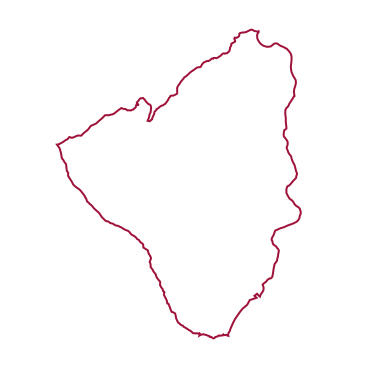 outline of Turnu Rosu, Sibiu, Romania, rotated 169°
{"feature_id": "2599482B72596568655749", "entity_name": "Turnu Rosu", "entity_type": "district", "adm_level": 2, "iso_a3": "ROU", "parent_name": "Romania", "parent_adm1": "Sibiu", "projection": "orthographic", "projection_center": [24.318, 45.612], "detail": "fine", "context": "isolated", "style": "outline", "palette": "rose", "viewbox_px": 384, "rotation_deg": 169, "n_neighbors": 0, "source": "geoboundaries", "source_scale": "gbopen_adm2", "svg_char_len": 5944}
<svg xmlns="http://www.w3.org/2000/svg" viewBox="0 0 384 384"><g transform="rotate(169 192 192)"><path d="M96.0,337.1L96.7,336.9L97.3,337.0L100.2,338.3L101.8,339.7L103.2,340.1L108.4,338.7L110.3,338.7L112.9,339.0L114.9,338.7L115.4,338.3L115.6,337.1L116.1,336.0L116.4,335.8L118.8,334.8L119.3,334.9L119.9,335.2L120.7,335.3L120.9,335.1L121.2,334.3L120.8,332.5L121.0,331.4L125.1,330.0L125.3,329.6L125.5,328.4L127.0,326.6L128.0,323.9L128.5,323.1L129.6,322.5L130.7,321.7L131.2,321.5L132.3,321.7L133.3,321.5L134.1,322.0L134.9,322.0L135.9,321.7L138.6,319.9L139.6,319.7L140.5,319.2L142.3,318.7L142.8,318.8L144.5,319.4L145.2,319.4L145.9,318.8L146.8,319.3L148.8,318.2L150.7,317.4L152.7,317.7L154.6,317.1L155.8,316.9L157.8,315.3L159.7,313.1L163.4,313.2L166.9,311.5L170.1,310.2L172.6,308.7L174.6,307.4L176.0,306.6L177.6,306.1L178.5,305.1L181.8,302.5L183.2,300.9L185.0,299.3L186.5,297.5L186.8,296.7L187.0,295.3L187.4,293.5L187.6,291.9L188.0,291.3L191.2,290.3L192.2,290.2L193.3,290.5L194.8,290.4L195.3,289.6L196.5,288.8L198.8,286.0L201.5,283.6L203.0,283.2L203.8,282.7L205.9,282.4L207.9,281.5L209.1,280.7L211.0,280.1L211.2,279.8L211.3,279.4L211.7,279.0L213.2,278.1L213.6,277.7L214.3,275.7L216.2,273.2L217.1,271.7L217.3,271.0L218.5,270.4L219.4,269.7L220.2,269.6L221.3,270.2L221.9,270.3L221.5,271.2L220.5,272.4L218.7,276.5L217.4,278.2L216.1,282.4L216.0,283.2L216.1,284.7L216.3,285.3L216.6,285.8L218.1,286.8L218.5,287.3L220.0,289.8L221.0,292.0L222.2,293.7L222.3,293.7L222.8,293.5L224.5,293.8L225.2,293.6L227.6,291.4L229.1,290.4L229.2,289.2L229.0,288.9L228.1,288.4L228.0,288.1L228.1,287.8L228.5,287.6L229.6,288.0L230.0,288.0L230.8,286.8L231.1,285.9L231.6,285.4L232.4,285.2L233.2,284.7L233.7,284.2L235.1,284.1L236.4,283.7L239.0,284.4L239.7,284.4L241.5,286.1L244.1,287.0L245.3,287.9L249.2,286.1L253.2,284.0L254.2,283.6L259.2,283.2L261.4,283.8L262.8,283.9L266.2,281.5L270.2,279.3L273.1,277.5L278.7,276.2L281.9,273.3L283.9,272.1L287.3,270.4L289.8,268.5L290.5,268.5L290.9,268.7L293.2,269.2L295.4,268.9L298.1,268.2L299.1,268.1L300.2,268.3L301.3,269.2L302.0,269.3L302.6,268.9L303.9,267.7L306.2,267.0L309.5,265.5L313.3,264.4L314.5,264.2L315.5,264.3L313.6,260.1L313.2,255.4L313.3,249.9L312.3,248.2L311.4,245.5L310.3,243.3L310.8,237.8L310.7,236.3L309.9,234.6L310.5,231.6L310.4,231.0L308.1,225.3L307.1,221.9L305.2,219.2L302.3,216.3L301.4,215.0L300.5,213.5L298.2,208.9L297.9,207.1L297.4,206.4L297.0,204.8L296.9,203.3L296.6,202.5L295.4,201.1L294.8,199.9L293.4,198.4L291.1,194.3L287.3,189.3L286.6,187.8L285.3,184.6L282.6,180.6L281.7,179.7L279.9,179.1L278.1,177.1L275.7,176.0L273.7,174.0L273.0,173.6L271.7,173.2L270.6,172.6L269.9,171.9L268.2,170.8L265.8,168.4L261.9,165.8L261.2,164.9L259.7,161.9L256.8,159.5L256.2,158.6L255.6,158.0L255.0,156.5L253.2,154.9L252.5,153.1L252.0,152.4L250.8,151.1L250.0,149.9L250.0,149.2L250.3,147.0L250.3,146.7L246.6,143.3L246.4,142.3L246.5,141.3L246.1,139.2L245.6,138.2L245.2,136.7L245.0,136.1L244.9,134.6L246.9,131.4L246.6,130.4L246.5,128.6L246.9,126.1L245.5,123.4L245.1,121.6L243.8,119.1L243.3,118.0L243.1,115.4L241.9,112.6L240.5,110.2L240.5,109.1L241.0,107.4L241.1,106.9L240.5,104.6L240.0,103.4L239.4,102.6L239.4,101.0L239.0,99.7L238.9,99.5L238.4,99.4L238.2,98.9L239.0,97.0L239.1,96.2L237.6,90.8L237.4,89.5L237.6,87.9L237.3,87.1L236.5,86.9L236.3,86.4L235.4,80.9L235.1,79.0L234.9,78.2L234.1,77.9L233.0,77.2L232.4,76.5L231.7,76.0L231.6,70.7L231.1,68.4L230.3,66.1L229.1,65.2L228.8,64.1L226.4,62.4L225.9,61.3L223.4,59.2L221.2,56.9L220.0,56.1L217.9,53.2L217.0,53.1L215.5,52.4L214.3,52.5L212.8,51.7L211.8,52.1L211.6,52.0L211.4,51.5L211.4,51.0L212.1,49.7L210.5,50.3L210.1,50.1L208.3,50.3L205.1,48.8L203.9,47.9L202.5,47.3L202.3,47.1L202.3,46.4L202.1,46.2L201.4,46.0L200.7,46.0L199.4,44.5L199.0,44.2L197.8,44.4L197.0,45.1L195.7,45.3L194.4,45.3L193.6,45.9L192.7,46.0L192.0,45.5L191.3,45.5L190.5,45.7L189.7,45.4L188.6,46.0L188.6,45.4L185.8,45.3L185.7,45.2L185.7,44.9L183.8,43.9L183.9,45.0L183.0,46.6L181.5,48.3L180.2,50.6L176.6,55.8L173.4,59.7L167.9,65.0L164.8,67.7L159.3,70.8L155.9,74.9L148.8,75.8L150.5,78.2L147.5,79.7L146.2,77.5L145.3,76.3L144.0,78.4L141.0,81.4L140.7,81.9L140.1,83.8L140.0,84.7L140.0,85.6L140.3,87.8L136.0,90.1L135.6,90.5L135.4,90.8L133.9,91.8L132.3,92.3L131.3,92.1L129.5,93.2L128.4,95.7L126.1,102.2L125.0,104.5L125.0,105.0L124.8,105.4L122.4,107.5L121.6,108.6L120.8,110.6L119.7,112.9L119.2,114.7L118.1,117.2L118.0,118.2L118.2,119.2L119.3,121.2L119.7,122.3L120.8,123.6L122.3,125.1L122.5,126.5L122.5,128.6L123.0,129.9L122.3,131.5L121.7,132.4L120.3,133.9L118.7,136.5L118.2,137.6L117.6,138.3L117.2,138.4L116.0,138.6L112.4,139.5L108.6,139.9L104.2,140.9L99.0,141.7L95.3,142.7L94.3,143.2L92.6,144.5L92.0,145.2L91.5,146.0L90.8,148.0L89.5,149.8L89.3,150.3L89.1,151.8L89.1,152.7L89.3,153.6L89.3,154.7L89.4,155.1L90.2,156.5L92.4,158.5L93.8,160.8L94.3,162.6L95.1,164.1L95.6,164.9L97.0,166.2L97.7,167.3L98.7,170.1L99.5,173.1L99.4,173.6L98.8,176.7L97.5,179.1L96.8,179.5L95.3,179.9L94.2,180.6L90.2,183.9L87.4,185.8L87.0,186.5L86.4,188.1L85.5,189.5L85.4,190.2L85.9,193.1L86.0,196.1L86.2,198.0L86.3,199.3L87.3,202.4L87.9,205.8L87.8,207.0L88.1,208.7L88.6,209.5L89.0,210.1L89.9,212.5L90.5,216.5L90.6,217.3L90.5,217.9L89.7,219.1L89.1,220.2L88.6,222.5L88.6,223.2L89.1,224.9L91.1,228.9L91.2,229.5L91.1,231.0L90.0,234.4L89.7,235.0L87.7,235.9L87.3,236.2L87.1,236.6L86.5,243.4L85.9,246.3L85.7,247.7L85.6,250.6L85.1,253.1L84.6,254.8L83.6,256.2L81.2,257.8L79.6,260.1L74.8,265.1L73.7,266.5L73.2,266.5L73.0,267.7L72.9,270.5L72.4,272.4L72.0,273.6L70.4,276.4L69.2,279.1L68.9,281.4L69.0,282.4L69.4,283.7L70.5,286.5L71.1,289.2L71.4,291.1L71.4,292.8L71.1,296.1L69.5,301.1L68.5,305.5L68.5,307.4L68.7,308.9L69.3,310.5L71.3,314.0L71.9,314.7L75.0,317.2L77.1,318.5L79.2,320.5L79.6,321.1L80.4,321.7L82.5,322.0L83.2,321.9L86.2,320.2L86.9,319.9L88.5,319.9L90.6,320.2L91.7,320.7L93.2,321.5L94.5,322.4L95.5,323.4L96.7,324.9L97.8,327.4L98.3,328.8L98.5,330.1L98.5,331.2L98.1,333.9L96.8,335.6L96.1,336.2L96.0,336.5L96.0,337.1Z" fill="none" stroke="#9f1239" stroke-width="2"/></g></svg>